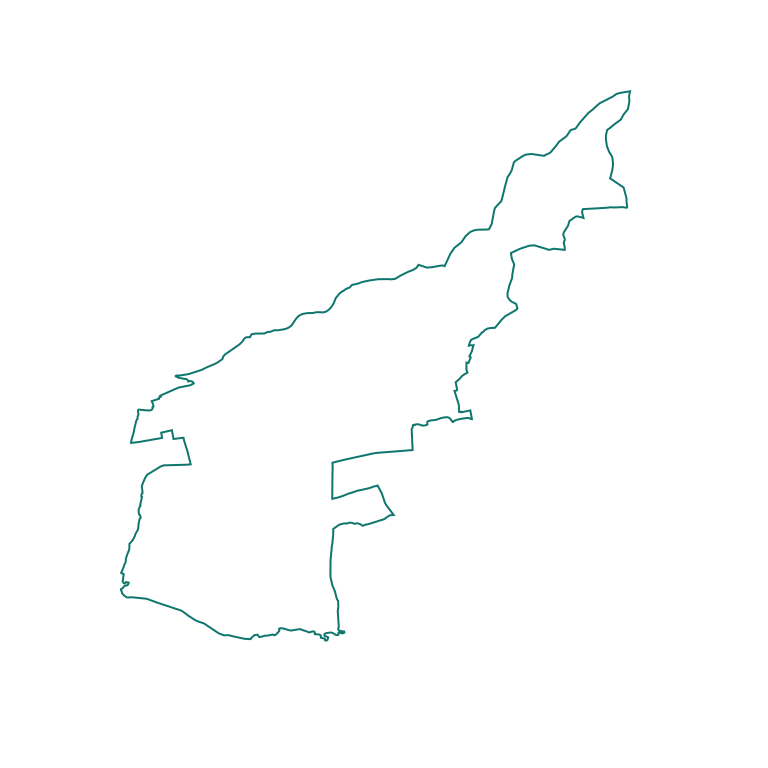 Solovastru, Mures, Romania (Equal Earth projection), rotated 349°
{"feature_id": "2599482B7590824952903", "entity_name": "Solovastru", "entity_type": "district", "adm_level": 2, "iso_a3": "ROU", "parent_name": "Romania", "parent_adm1": "Mures", "projection": "equal_earth", "projection_center": [24.78, 46.783], "detail": "fine", "context": "isolated", "style": "outline", "palette": "teal", "viewbox_px": 768, "rotation_deg": 349, "n_neighbors": 0, "source": "geoboundaries", "source_scale": "gbopen_adm2", "svg_char_len": 6134}
<svg xmlns="http://www.w3.org/2000/svg" viewBox="0 0 768 768"><g transform="rotate(349 384 384)"><path d="M297.7,619.3L296.0,618.9L292.9,617.5L292.3,616.3L292.4,615.3L293.3,613.7L295.3,597.9L296.7,593.9L297.6,588.0L296.9,586.7L296.6,584.8L296.3,579.0L296.4,578.2L296.0,577.5L295.6,574.9L294.9,572.1L294.6,563.7L294.9,561.6L297.9,546.8L301.5,534.4L303.2,529.6L305.5,521.8L306.5,516.6L313.1,513.6L317.0,513.3L319.0,513.3L320.2,513.8L321.3,513.9L323.2,513.5L325.9,514.1L328.3,515.6L330.8,515.5L332.1,516.0L334.4,517.4L335.5,518.8L336.5,519.2L338.1,518.6L341.5,518.6L358.5,516.7L362.4,514.8L365.1,514.0L368.5,514.4L363.2,503.5L362.3,500.9L361.0,491.2L358.4,482.5L353.2,482.8L352.6,483.1L347.7,483.5L337.5,483.7L330.4,484.7L329.1,484.7L321.8,486.1L316.4,486.7L311.3,486.8L316.5,461.2L317.7,456.1L318.4,451.4L333.2,450.7L359.3,450.1L363.3,450.2L399.5,454.3L402.5,433.8L404.1,431.6L404.5,430.0L404.8,429.8L406.0,429.7L406.5,430.2L407.3,429.8L408.7,429.8L410.5,430.3L413.9,432.2L417.0,432.5L418.9,432.1L419.1,429.8L419.6,429.2L420.3,428.9L422.4,428.7L428.3,429.1L433.8,428.3L436.7,428.3L439.6,428.6L440.9,429.2L442.5,430.8L443.5,433.3L444.1,434.3L444.5,434.5L444.9,433.8L446.0,433.7L447.7,433.1L453.4,432.9L459.8,433.3L461.6,434.1L462.9,435.1L463.6,435.3L463.7,426.4L454.7,426.5L454.7,426.1L452.4,425.8L453.5,418.8L451.9,404.2L453.9,404.3L454.7,403.7L454.7,396.0L458.6,393.7L462.5,390.8L464.8,389.8L468.1,388.8L467.7,386.5L467.7,384.6L467.9,384.5L468.3,382.6L469.0,378.7L470.9,379.5L474.2,374.4L473.1,373.2L476.5,368.6L479.2,363.0L478.5,363.1L476.8,362.5L474.6,362.6L475.1,361.4L477.7,357.4L479.8,356.7L483.5,356.1L485.7,355.5L489.9,352.1L491.4,351.7L492.7,350.6L496.2,349.3L500.9,349.5L503.0,350.0L503.8,349.9L511.7,343.4L516.1,340.5L527.1,336.8L529.3,335.5L529.1,330.9L527.8,329.6L525.6,328.1L523.9,326.3L522.6,323.8L522.0,321.8L522.4,318.9L525.8,311.3L530.0,304.3L530.9,300.9L534.6,291.4L533.4,285.3L533.6,279.6L543.4,277.2L552.8,276.0L557.9,276.5L569.3,282.5L570.8,283.5L572.0,283.8L576.4,283.6L587.0,286.8L587.4,285.1L587.5,283.4L587.4,279.9L587.7,278.9L588.8,277.5L589.1,276.5L589.0,274.7L588.4,272.1L588.6,271.0L589.4,269.5L594.9,263.7L597.0,259.5L602.2,257.0L604.6,256.2L606.9,256.7L611.5,259.1L611.2,254.3L611.6,251.8L612.7,250.3L635.4,253.4L640.5,253.8L643.3,254.6L652.0,255.9L655.5,257.2L656.3,257.1L656.6,256.3L656.8,251.4L657.5,248.1L656.7,236.8L645.2,225.4L649.0,217.4L650.7,212.3L651.4,206.1L650.9,203.2L649.4,199.4L648.2,193.3L648.5,186.3L649.4,182.0L651.6,177.1L654.1,176.1L659.6,173.1L666.8,169.7L670.8,165.0L675.9,160.7L678.8,153.4L679.4,148.4L681.4,143.6L670.9,143.3L667.4,143.7L663.4,145.5L649.5,149.5L644.8,152.1L641.3,154.4L636.5,156.8L626.2,164.7L621.3,169.4L620.1,170.0L615.8,170.3L614.8,171.1L611.2,174.9L609.8,175.9L602.0,179.6L598.2,183.2L591.4,188.6L588.1,189.6L586.7,189.7L584.7,190.6L572.6,186.3L566.8,185.9L564.0,186.6L555.6,190.0L553.8,191.2L550.3,198.3L547.5,201.9L544.8,204.4L540.1,214.0L535.2,224.7L534.1,226.8L526.8,232.1L525.5,234.2L520.2,247.6L516.6,252.1L515.0,252.1L505.4,250.4L501.6,250.4L497.7,251.2L492.2,254.5L487.1,259.6L479.2,263.7L474.1,268.7L466.0,279.9L464.7,279.0L462.0,278.6L453.2,278.5L448.3,277.9L440.6,273.6L438.1,276.1L434.5,277.5L428.6,278.6L420.7,280.8L415.0,282.9L411.4,282.7L408.3,281.9L398.3,280.0L389.0,279.6L382.6,279.7L376.5,280.6L371.5,280.6L369.5,282.2L368.1,282.9L366.8,283.0L364.6,283.6L361.6,285.0L361.1,285.0L358.1,286.3L353.1,290.4L349.8,295.5L347.1,298.2L344.8,300.1L341.0,301.9L337.9,302.1L332.1,300.7L327.4,300.7L322.4,299.8L318.1,299.7L315.4,300.1L312.6,301.3L310.3,303.0L304.3,309.0L301.0,310.5L298.2,311.1L294.9,311.2L289.0,310.9L286.7,310.3L282.1,311.1L279.8,310.7L276.1,311.6L266.9,309.9L263.5,309.9L261.2,312.6L259.9,312.1L257.7,311.9L256.4,312.3L255.3,312.9L254.6,313.8L252.5,315.7L249.6,317.6L233.5,324.7L231.5,326.3L230.8,327.4L230.5,328.3L229.7,328.9L224.7,331.1L221.8,332.0L213.3,333.8L207.4,335.4L194.1,337.0L184.8,336.7L182.5,336.1L181.2,336.2L181.0,336.8L184.0,338.9L191.1,341.6L192.1,342.6L192.3,344.1L193.9,344.0L196.0,344.9L197.1,346.1L197.3,347.2L193.4,348.3L181.7,348.3L162.2,352.7L162.5,353.9L160.5,354.3L160.3,355.6L152.7,356.5L153.3,359.0L153.5,362.1L152.3,362.6L152.3,363.5L151.8,364.4L150.7,365.2L149.2,365.3L145.2,364.4L138.4,362.3L137.7,362.7L137.3,363.9L137.2,366.9L135.9,369.0L135.4,371.1L134.1,372.4L133.7,373.1L131.0,378.9L128.8,384.3L125.8,390.0L124.4,393.4L125.6,393.7L133.1,394.2L155.9,394.6L156.0,389.3L167.0,388.9L166.9,397.8L176.9,398.5L177.0,402.0L178.2,412.5L178.9,426.0L175.0,425.6L152.1,421.8L148.8,422.4L134.2,427.9L131.6,430.6L128.2,435.6L126.7,438.3L126.3,444.6L125.8,445.4L125.4,445.4L124.4,447.4L124.3,448.2L124.9,448.7L121.6,456.1L121.8,457.0L120.9,457.6L119.0,461.1L118.6,465.1L119.5,466.3L119.7,468.4L119.5,469.1L118.8,469.4L118.2,470.2L116.7,473.7L115.0,479.2L114.2,480.5L111.4,483.8L110.4,485.7L107.6,489.3L103.6,492.4L102.7,496.6L102.2,498.1L98.7,503.5L97.1,506.8L96.2,510.1L94.8,511.5L93.8,513.5L90.9,518.0L90.0,519.0L90.1,519.7L90.3,519.9L92.0,520.6L92.2,521.1L89.8,527.9L90.0,528.8L90.8,530.0L91.3,530.3L91.8,530.3L92.7,529.3L93.2,529.3L95.5,530.3L94.4,532.1L93.5,532.6L90.7,532.7L88.4,534.6L87.4,535.1L86.6,535.2L86.6,536.6L87.0,538.5L87.0,539.6L88.1,541.4L89.3,543.0L91.0,544.5L96.0,545.3L110.0,549.5L120.8,556.0L141.3,567.5L143.3,569.2L147.8,574.2L153.2,579.4L155.0,580.9L161.5,584.6L174.3,597.3L178.8,600.1L183.9,601.0L186.6,602.4L198.4,607.5L204.4,609.0L205.5,607.8L208.9,605.8L211.9,605.9L213.3,608.6L215.8,608.7L218.8,608.3L221.9,608.8L226.1,608.7L227.6,608.9L228.3,609.7L228.8,609.8L230.1,609.3L234.0,606.6L234.3,605.7L234.3,604.2L236.4,604.0L239.2,605.1L244.7,608.0L246.1,608.3L253.7,608.5L255.3,608.8L255.7,608.9L256.3,609.6L260.0,611.6L263.2,613.6L266.6,613.2L268.4,613.9L268.7,614.6L268.3,615.9L268.4,616.4L272.0,617.3L273.5,618.2L274.0,618.8L273.6,621.0L277.3,622.8L277.4,623.2L277.3,624.4L277.6,624.7L279.4,624.7L280.9,622.2L280.8,621.9L279.4,620.9L277.8,620.3L277.5,619.8L277.7,618.3L279.0,617.7L280.1,617.5L284.4,617.8L286.1,618.6L288.7,621.0L290.4,621.6L291.4,621.5L291.9,619.4L293.9,619.9L295.2,620.8L296.0,620.9L297.7,620.5L297.7,619.3Z" fill="none" stroke="#0f766e" stroke-width="2"/></g></svg>